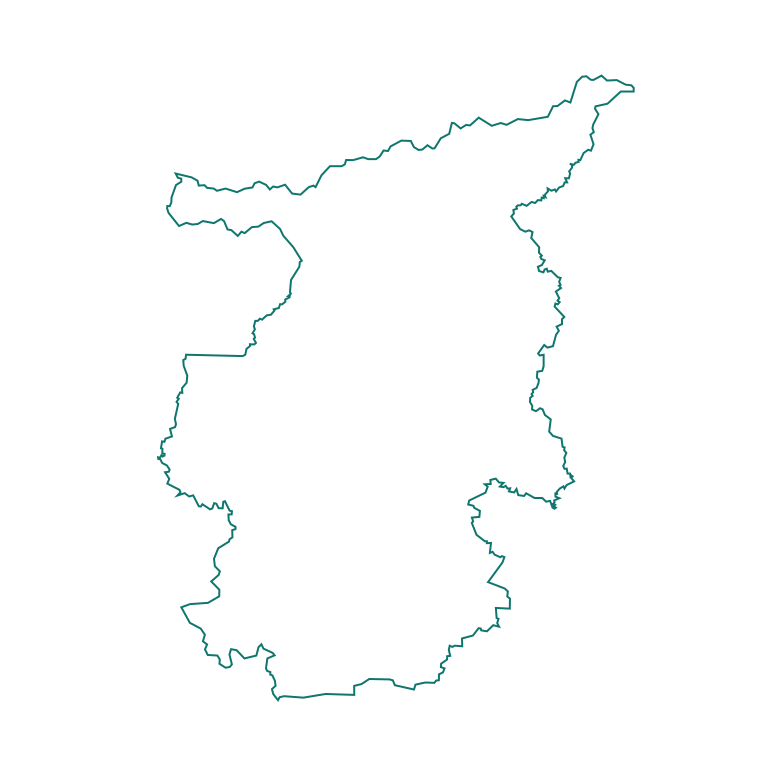 outline of Huai Yot, Trang, Thailand, rotated 274°
{"feature_id": "78962969B54488452023810", "entity_name": "Huai Yot", "entity_type": "district", "adm_level": 2, "iso_a3": "THA", "parent_name": "Thailand", "parent_adm1": "Trang", "projection": "albers", "projection_center": [99.605, 7.79], "detail": "fine", "context": "isolated", "style": "outline", "palette": "teal", "viewbox_px": 768, "rotation_deg": 274, "n_neighbors": 0, "source": "geoboundaries", "source_scale": "gbopen_adm2", "svg_char_len": 6120}
<svg xmlns="http://www.w3.org/2000/svg" viewBox="0 0 768 768"><g transform="rotate(274 384 384)"><path d="M89.9,245.8L91.0,249.9L93.7,251.8L103.4,248.7L108.8,249.9L108.2,255.5L100.5,263.9L104.2,275.6L112.7,277.2L115.8,279.9L111.6,282.2L108.0,291.7L105.7,293.8L102.1,286.8L92.1,286.1L89.6,287.5L88.7,290.7L86.2,290.8L85.5,293.0L80.2,295.9L75.4,296.9L71.8,293.5L66.9,295.2L61.2,300.3L64.3,301.8L65.6,306.1L65.5,325.4L70.7,347.4L71.8,376.0L80.8,375.3L83.1,382.5L88.7,389.9L89.7,410.3L89.0,413.5L84.3,415.8L81.3,435.2L86.3,436.4L89.1,446.0L89.4,455.1L91.8,456.7L92.3,459.4L98.2,459.1L100.4,462.9L104.5,464.2L105.5,460.5L109.0,460.5L113.5,466.1L116.9,466.0L117.4,469.0L123.4,467.2L127.5,467.8L126.5,470.6L127.9,472.8L127.8,480.3L135.6,479.6L139.3,490.3L147.0,495.4L146.8,497.6L145.0,498.2L144.5,504.0L151.0,509.8L149.9,515.7L153.4,513.6L157.7,514.6L158.3,512.7L168.4,511.2L168.7,525.2L178.7,524.6L180.6,521.8L185.7,522.0L188.4,518.7L193.6,501.6L214.2,514.6L219.7,516.2L220.5,513.6L219.3,512.1L221.5,506.2L224.2,504.0L222.9,501.4L232.9,501.8L232.4,497.7L234.3,497.6L234.2,495.6L240.0,486.8L251.5,481.3L253.2,482.5L256.9,481.0L258.1,488.4L264.1,488.5L266.8,482.6L268.7,481.8L269.7,476.4L273.7,477.1L282.7,492.8L288.8,494.6L291.0,491.6L291.7,497.4L295.7,496.8L297.4,502.1L293.8,505.6L293.7,510.1L289.8,506.8L289.4,510.3L290.9,512.5L288.3,514.5L288.7,517.1L285.6,516.1L284.9,521.4L288.5,523.5L282.5,525.7L282.1,531.6L284.9,533.4L280.8,542.1L281.3,549.8L277.9,554.0L279.0,557.8L272.4,560.8L271.5,562.8L272.6,564.1L274.1,561.6L275.3,563.1L276.2,560.8L277.6,562.4L279.7,561.9L282.3,566.9L283.6,562.9L287.7,562.5L286.0,563.2L286.4,564.4L288.4,563.9L292.1,566.8L294.4,570.1L292.3,571.3L295.9,573.2L300.1,580.4L303.5,577.1L305.0,578.6L306.0,577.1L305.0,576.4L307.6,575.9L307.4,573.4L312.3,572.2L312.0,570.0L314.7,568.5L318.8,570.2L323.1,569.0L328.0,570.7L330.6,568.3L333.3,568.6L333.9,566.5L341.9,564.9L344.0,556.2L348.0,552.1L360.3,552.8L364.3,546.7L369.8,544.0L370.7,541.4L367.5,537.5L368.9,533.5L372.7,533.4L376.2,530.9L380.5,530.8L382.5,533.1L384.2,531.9L386.2,533.4L388.5,532.7L390.7,536.5L396.0,538.1L399.2,538.2L400.9,536.1L407.0,536.1L408.1,540.9L412.8,542.0L424.3,541.2L423.3,537.4L425.2,535.6L434.1,541.1L431.7,544.5L433.5,549.9L445.1,552.2L449.2,554.7L453.3,552.2L456.2,557.4L461.1,557.0L463.4,559.2L473.2,548.8L476.2,549.4L475.6,551.8L478.0,553.5L479.2,551.3L481.8,552.8L488.2,549.0L492.1,553.9L494.2,551.7L495.1,553.2L498.2,551.6L502.1,552.8L502.6,549.9L508.5,543.0L507.5,539.5L510.4,538.3L509.4,536.2L506.5,535.3L507.5,530.8L511.7,529.4L513.7,533.2L518.6,535.7L519.7,532.2L521.7,531.1L523.0,532.5L525.8,529.4L531.2,529.3L539.9,520.7L545.9,521.6L547.4,518.0L545.8,514.4L548.0,509.0L560.0,499.3L563.2,501.7L566.6,500.9L568.2,504.4L570.1,503.6L571.6,505.2L571.8,507.9L573.4,508.9L571.7,513.9L575.9,518.5L575.1,522.1L578.2,524.7L578.1,528.1L580.9,528.3L580.5,530.4L582.7,530.1L581.8,532.0L583.7,531.1L587.6,534.1L590.5,533.6L588.5,537.6L590.0,540.8L588.1,542.2L592.3,545.1L594.0,548.9L597.7,550.2L597.9,552.6L601.9,550.4L602.1,554.1L607.0,555.0L609.0,553.9L613.0,556.5L615.4,556.3L616.8,554.1L615.8,558.0L618.1,559.6L619.0,562.6L621.2,562.3L621.0,564.2L628.3,567.0L631.9,571.3L631.2,574.2L637.8,576.3L647.1,572.5L649.8,575.7L653.8,574.1L657.4,574.6L668.1,579.1L673.3,575.3L675.7,575.6L679.2,587.4L692.3,599.8L693.2,612.6L696.7,612.5L699.2,610.0L699.5,604.1L703.4,595.0L702.3,585.3L706.8,579.5L701.9,571.7L702.0,568.9L705.1,564.4L704.3,560.2L698.8,555.3L677.8,550.3L679.5,544.7L673.4,537.7L672.9,533.3L662.0,528.8L657.3,509.5L657.6,499.0L651.1,488.2L652.5,482.3L649.1,473.5L656.3,459.9L647.9,451.7L648.2,447.9L644.3,442.6L649.0,436.0L649.2,433.5L638.1,431.6L633.1,423.5L622.6,418.0L622.3,415.8L625.2,410.7L620.6,406.0L619.9,402.2L622.4,397.3L628.3,393.8L628.0,384.3L621.5,374.0L616.7,371.7L616.9,367.3L610.6,363.8L607.8,360.4L607.2,352.6L608.7,347.2L605.2,337.7L604.8,330.6L600.4,329.6L598.3,326.6L597.5,314.9L587.9,307.1L575.6,302.0L577.0,299.8L575.2,295.3L567.1,287.5L567.6,279.0L575.9,271.4L572.7,263.9L573.3,259.7L570.1,256.5L574.4,252.5L577.2,245.3L575.2,240.9L570.9,239.1L569.1,231.3L565.1,224.0L567.9,212.3L565.1,203.8L567.1,200.5L567.3,193.9L569.8,191.1L569.0,185.4L573.8,183.8L576.7,177.7L579.4,161.5L575.4,164.0L574.7,167.4L571.7,167.7L567.9,162.6L555.1,159.0L550.3,159.2L546.5,157.9L546.4,155.4L544.0,155.4L539.7,157.1L527.3,168.5L531.0,175.6L529.7,181.5L530.6,187.0L533.9,191.9L532.6,203.1L537.3,209.9L535.3,213.1L527.3,217.1L526.8,221.1L521.5,227.8L526.0,231.2L524.8,234.5L531.3,241.3L532.2,247.6L536.2,252.8L538.5,260.5L531.4,269.5L524.9,273.2L514.0,284.1L501.2,293.4L499.8,291.5L495.1,291.4L481.3,284.0L469.1,283.8L467.7,284.8L465.1,282.4L465.2,283.8L463.8,283.7L461.4,279.6L459.1,279.8L456.3,276.7L456.4,274.8L452.5,273.8L450.8,268.8L449.7,269.6L445.3,266.5L444.3,262.3L439.7,257.8L440.5,255.7L438.2,253.7L438.0,251.2L432.3,250.2L429.6,251.4L425.4,249.3L424.6,250.9L421.3,252.1L419.9,250.9L416.1,253.4L414.4,251.8L414.3,247.5L412.6,247.8L409.5,244.4L403.6,243.6L402.0,241.1L399.4,184.5L395.3,184.3L393.9,182.1L388.2,182.9L378.6,187.2L371.5,187.0L365.8,182.8L361.1,183.4L361.4,181.3L355.9,178.7L355.0,180.3L351.7,178.3L349.8,180.1L334.7,177.8L329.4,179.3L326.4,178.6L324.3,173.7L316.9,176.1L314.2,169.8L311.0,169.0L311.3,166.6L304.3,166.0L303.9,167.5L299.3,167.7L299.0,170.0L297.3,170.0L296.2,168.3L297.5,167.0L294.6,165.4L295.1,163.8L293.5,164.1L293.5,165.9L289.7,168.3L287.6,173.1L283.7,176.1L281.5,175.5L280.7,171.8L274.4,176.4L269.5,174.8L264.2,187.3L261.8,188.5L258.3,185.7L261.2,192.8L258.2,197.5L259.6,201.4L249.1,207.8L249.0,209.8L251.4,211.2L246.8,219.3L247.9,221.4L253.3,222.9L252.8,225.2L248.6,227.7L248.7,231.7L255.3,231.9L256.0,233.5L246.9,238.8L246.5,241.2L243.3,241.1L243.0,237.9L237.3,238.6L233.4,241.0L231.1,245.9L228.8,245.9L227.7,242.8L220.5,243.5L218.3,240.7L216.0,240.4L208.6,230.1L197.8,226.6L190.4,228.0L185.7,233.3L182.0,232.4L175.0,225.4L167.3,234.1L160.7,234.4L153.4,223.7L150.9,205.9L147.1,197.4L132.2,207.0L127.2,218.3L121.4,222.8L114.7,221.3L111.8,225.7L106.8,223.9L101.4,227.1L101.5,236.7L97.8,239.4L93.4,239.4L89.9,245.8Z" fill="none" stroke="#0f766e" stroke-width="2"/></g></svg>